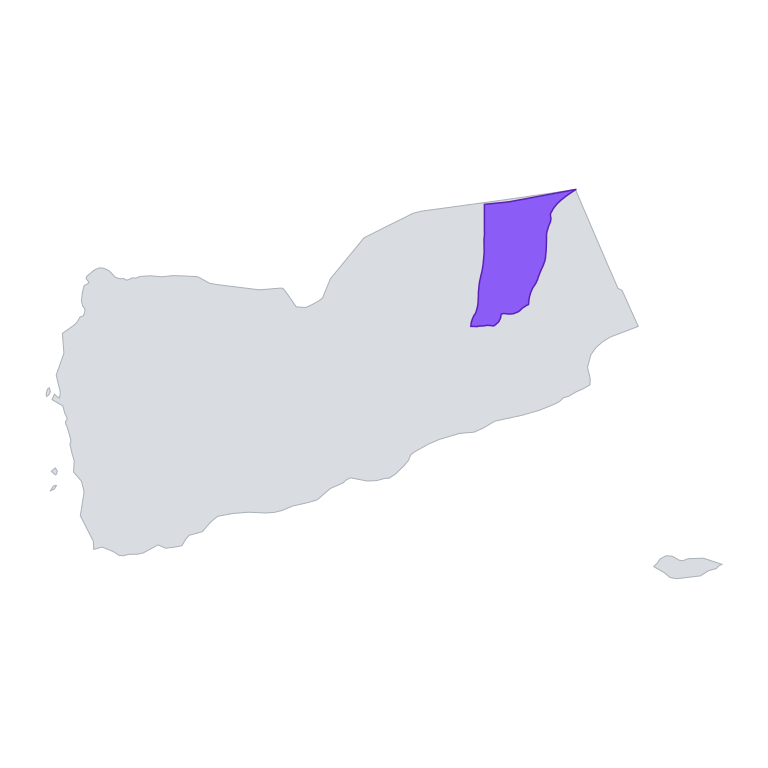 Rumah, Hadramawt, Yemen shown in context
{"feature_id": "15242507B71600093935687", "entity_name": "Rumah", "entity_type": "district", "adm_level": 2, "iso_a3": "YEM", "parent_name": "Yemen", "parent_adm1": "Hadramawt", "projection": "orthographic", "projection_center": [50.913, 17.827], "detail": "fine", "context": "in_parent", "style": "filled", "palette": "violet", "viewbox_px": 768, "rotation_deg": 0, "n_neighbors": 0, "source": "geoboundaries", "source_scale": "gbopen_adm2", "svg_char_len": 7810}
<svg xmlns="http://www.w3.org/2000/svg" viewBox="0 0 768 768"><path d="M638.3,326.3L610.1,337.1L602.7,341.7L596.0,347.5L590.9,354.7L587.5,367.3L590.2,378.7L590.0,384.9L582.7,389.0L575.9,392.0L568.3,396.5L563.6,397.6L559.9,401.2L555.5,403.7L539.6,410.2L522.3,415.2L494.7,421.2L484.0,427.7L474.3,432.1L459.6,433.4L439.3,439.4L428.0,444.3L414.0,452.2L410.8,454.7L408.3,460.6L404.0,465.7L395.5,474.0L389.1,478.2L384.9,478.4L376.6,480.6L366.9,481.0L350.6,477.8L346.4,479.8L342.9,483.0L330.3,488.5L317.3,499.8L307.9,502.6L292.7,506.0L282.0,510.5L274.8,512.3L265.6,513.0L248.7,512.2L232.6,513.5L217.6,516.3L210.5,522.2L202.3,531.7L189.2,535.3L186.1,538.7L181.9,545.7L173.4,547.3L165.7,548.2L158.0,544.9L143.1,553.0L137.5,554.2L129.0,554.3L123.0,555.8L118.7,555.2L113.4,551.6L102.1,547.1L93.8,549.4L93.3,541.2L80.3,515.7L83.8,494.1L83.9,491.0L81.5,481.2L73.6,472.0L74.2,460.7L71.8,452.6L69.9,444.2L70.7,442.1L70.9,440.1L67.2,427.1L65.9,424.5L65.4,421.8L66.9,419.8L66.9,417.5L64.9,413.5L62.8,405.9L52.0,399.6L54.4,394.2L56.5,396.2L59.3,398.0L60.1,394.5L60.2,391.8L56.2,375.1L63.9,353.3L62.4,333.4L73.1,325.8L75.9,323.5L77.5,321.4L80.1,317.0L83.5,315.7L84.9,311.0L84.8,308.6L82.8,306.4L81.4,300.8L82.2,293.8L82.8,290.8L84.2,285.5L87.9,283.7L88.8,282.1L86.1,278.6L86.5,276.6L92.9,271.1L95.3,269.5L99.4,267.9L102.5,268.0L106.1,269.2L109.2,270.9L112.2,273.9L115.4,277.4L120.4,278.8L123.9,278.6L126.6,280.2L129.0,279.5L131.8,277.9L136.1,278.1L140.0,276.4L151.1,275.8L161.7,276.8L172.9,275.6L184.0,276.0L195.1,276.5L197.6,276.8L200.0,277.9L209.3,283.2L216.5,284.5L230.8,286.3L246.2,288.2L259.5,289.8L270.9,288.9L280.3,288.1L282.8,288.3L285.6,291.5L291.1,299.4L296.3,306.9L305.6,307.5L311.7,304.8L318.4,301.1L322.5,298.1L327.3,286.3L330.5,278.6L337.6,270.0L343.5,262.8L351.3,253.3L355.6,248.1L364.1,237.7L372.2,233.7L387.7,225.9L402.9,218.4L412.7,213.4L421.1,211.2L435.1,209.3L451.6,207.1L468.1,204.8L485.6,202.4L505.2,199.7L518.6,197.8L535.6,195.3L549.8,193.3L562.4,191.4L575.4,189.5L577.9,195.3L580.4,201.2L582.9,207.0L585.4,212.8L587.9,218.6L590.4,224.5L592.9,230.3L595.4,236.1L597.9,242.0L600.4,247.8L602.9,253.6L605.4,259.4L607.9,265.3L610.5,271.1L613.0,276.9L615.5,282.7L618.0,288.4L622.0,290.3L624.4,295.6L627.9,303.3L631.3,311.0L634.8,318.7L638.3,326.3ZM679.2,560.2L682.7,560.8L688.1,558.7L703.4,558.2L721.9,564.3L718.5,566.1L716.4,568.5L708.3,570.8L700.3,575.9L676.9,578.7L670.0,577.5L664.3,572.7L653.7,566.6L657.9,562.5L658.7,560.7L660.2,558.9L666.1,555.8L672.1,556.2L679.2,560.2ZM56.6,473.6L55.8,474.8L54.8,474.4L51.4,471.2L55.3,467.9L57.3,471.2L56.6,473.6ZM48.3,395.3L46.5,396.5L46.1,394.2L47.4,389.2L49.3,387.8L50.4,391.6L49.5,393.7L48.3,395.3ZM54.3,489.1L50.5,490.7L53.2,486.2L55.8,485.3L56.5,485.6L54.3,489.1Z" fill="#d9dde1" stroke="#a8b0b8" stroke-width="1"/><path d="M546.7,232.9L546.8,232.4L546.8,232.1L547.7,229.3L547.9,228.4L548.2,227.5L548.6,226.1L549.8,223.4L550.0,222.9L550.1,222.7L550.3,222.3L550.4,221.9L550.6,221.2L550.6,220.6L550.8,219.8L550.9,219.1L550.9,218.9L550.9,218.3L550.8,218.0L550.8,217.6L550.7,217.3L550.6,217.0L550.6,216.5L550.6,216.3L550.6,216.2L550.5,215.7L550.4,215.0L550.4,214.8L550.4,214.4L550.5,214.0L550.6,213.5L550.8,213.2L551.1,212.5L552.1,210.8L552.6,209.8L553.1,208.9L554.6,206.9L555.3,206.0L555.4,205.8L557.6,203.3L559.0,202.0L561.4,199.8L564.1,197.7L565.7,196.4L569.1,194.0L572.6,191.6L574.6,190.3L574.7,190.2L574.9,190.1L575.7,189.7L576.1,189.5L576.4,189.4L576.5,189.4L575.3,189.5L573.7,189.8L572.1,190.1L570.8,190.3L569.3,190.6L568.0,190.9L566.5,191.2L564.9,191.5L563.3,191.7L562.0,192.0L560.4,192.3L559.4,192.5L557.6,192.8L556.2,193.1L555.0,193.3L553.2,193.6L551.9,193.9L550.3,194.2L548.7,194.5L547.3,194.7L545.9,195.0L544.6,195.2L543.0,195.5L541.6,195.8L540.0,196.1L538.6,196.3L537.2,196.6L536.0,196.8L534.2,197.2L532.7,197.4L531.4,197.7L530.1,197.9L528.3,198.3L526.9,198.5L525.5,198.8L524.0,199.1L522.4,199.4L521.3,199.6L519.8,199.8L518.1,200.2L516.7,200.4L515.2,200.7L513.7,201.0L512.3,201.2L511.0,201.5L509.3,201.8L507.9,201.9L506.4,202.1L504.9,202.3L503.4,202.4L502.0,202.6L500.4,202.7L498.9,202.9L497.4,203.0L495.8,203.2L494.8,203.3L492.8,203.5L491.5,203.6L490.1,203.8L488.7,203.9L486.8,204.1L485.0,204.3L484.6,204.4L484.4,204.4L484.4,230.7L484.5,233.9L484.5,234.2L484.2,237.6L484.0,239.3L484.1,246.7L484.2,252.2L484.0,254.7L483.1,264.6L482.6,267.5L482.2,270.3L480.8,276.0L480.7,276.7L479.5,282.0L479.4,283.0L479.0,286.2L478.4,292.4L478.4,295.8L478.1,302.2L477.6,306.1L477.3,307.3L476.4,310.9L475.8,312.5L475.6,313.2L473.7,315.9L472.1,319.8L471.4,322.1L471.2,322.7L470.8,326.4L471.3,326.4L471.8,326.4L472.2,326.5L472.4,326.4L472.8,326.4L473.2,326.4L473.3,326.4L473.7,326.4L474.1,326.4L474.5,326.4L474.9,326.4L475.0,326.5L475.4,326.5L475.8,326.5L476.2,326.6L476.6,326.6L477.5,326.6L477.6,326.3L477.7,326.2L477.8,326.1L478.1,326.1L478.4,326.1L478.5,326.1L479.0,326.1L479.3,326.1L479.6,326.1L479.9,326.1L480.2,326.1L480.5,326.1L480.8,326.0L481.0,326.0L481.4,326.0L481.7,326.0L482.0,326.0L482.3,326.0L482.6,326.0L482.8,325.9L483.1,325.9L483.4,325.9L483.7,325.9L484.0,325.9L484.3,325.8L484.6,325.7L485.0,325.7L485.6,325.6L485.8,325.6L486.1,325.5L486.4,325.4L486.7,325.4L486.9,325.3L487.2,325.3L487.5,325.3L487.9,325.4L488.1,325.4L488.4,325.4L488.7,325.4L489.0,325.5L489.3,325.5L489.6,325.5L489.9,325.5L490.2,325.5L490.5,325.5L490.8,325.6L491.1,325.6L491.4,325.6L491.7,325.7L492.0,325.7L492.4,325.8L492.7,325.9L493.0,325.9L493.3,325.9L493.6,325.9L493.8,325.8L494.1,325.7L494.4,325.5L494.6,325.4L494.9,325.2L495.1,325.0L495.3,324.8L495.6,324.6L495.8,324.4L496.1,324.2L496.3,323.9L496.5,323.7L496.9,323.3L497.2,323.1L497.4,322.9L497.7,322.7L497.9,322.5L498.2,322.3L498.4,322.1L498.6,321.8L498.8,321.5L498.9,321.2L499.1,321.0L499.2,320.7L499.4,320.4L499.5,320.1L499.7,319.8L499.9,319.6L500.0,319.3L500.1,319.0L500.2,318.7L500.3,318.5L500.4,318.2L500.6,317.8L500.7,317.6L500.7,317.3L500.8,317.0L500.7,316.5L500.7,316.3L500.8,316.1L500.8,315.7L500.9,315.2L501.0,314.9L501.1,314.5L501.3,314.3L501.4,314.1L501.7,313.9L502.0,313.9L502.5,313.8L502.8,313.7L503.1,313.6L503.4,313.6L503.7,313.6L504.0,313.6L504.3,313.6L504.6,313.6L504.9,313.6L505.2,313.6L505.5,313.6L505.8,313.7L506.1,313.8L506.4,313.8L506.8,313.9L507.1,313.9L507.4,313.9L507.7,313.9L508.0,313.9L508.3,314.0L508.6,314.0L508.9,314.0L509.2,314.0L509.5,314.0L509.8,314.0L510.1,314.0L510.5,314.0L510.8,314.0L511.0,314.0L511.3,313.9L511.6,313.9L512.0,313.8L512.3,313.8L512.6,313.8L512.9,313.8L513.2,313.8L513.5,313.7L513.8,313.5L514.0,313.4L514.3,313.3L514.6,313.2L514.9,313.1L515.3,313.0L515.6,312.9L515.8,312.8L516.1,312.7L516.4,312.5L516.8,312.4L517.1,312.3L517.4,312.1L517.7,312.0L517.9,311.9L518.2,311.7L518.6,311.6L518.8,311.4L519.1,311.2L519.3,311.0L519.6,310.8L519.8,310.6L520.0,310.4L520.3,310.2L520.5,310.0L520.6,309.8L520.9,309.5L521.1,309.3L521.3,309.1L521.5,308.9L521.8,308.7L522.0,308.5L522.2,308.2L522.5,308.0L522.7,307.9L523.0,307.7L523.5,307.4L523.7,307.2L524.0,307.0L524.3,306.9L524.6,306.7L524.8,306.6L525.2,306.4L525.4,306.2L525.7,306.0L525.9,305.8L526.1,305.5L526.3,305.5L526.4,305.4L526.7,305.3L526.8,305.3L527.0,305.2L527.3,305.1L527.5,305.0L527.8,304.8L528.0,304.8L528.1,304.7L528.4,304.4L528.5,304.4L528.7,302.8L528.7,301.8L528.8,301.5L528.8,300.8L529.0,299.6L529.2,298.3L529.2,297.8L529.5,296.8L529.6,296.4L530.1,294.6L530.3,294.0L530.6,292.8L531.5,290.7L532.1,289.2L532.9,287.7L534.0,286.0L534.5,285.3L535.2,284.3L535.9,283.1L537.0,280.7L537.5,279.7L538.2,277.2L538.3,277.0L539.2,274.9L539.6,273.5L539.7,273.3L540.0,272.6L540.3,272.0L540.6,271.3L541.2,269.8L542.2,267.7L542.9,266.2L543.1,265.8L543.6,264.5L544.2,262.6L544.3,262.4L544.9,260.9L545.1,259.6L545.4,258.2L545.5,257.9L545.6,255.9L545.6,255.4L546.0,252.3L546.0,252.0L546.2,249.8L546.3,246.6L546.4,244.6L546.4,243.6L546.5,240.2L546.5,239.0L546.5,234.7L546.6,234.0L546.7,232.9Z" fill="#8b5cf6" stroke="#5b21b6" stroke-width="1.5"/></svg>